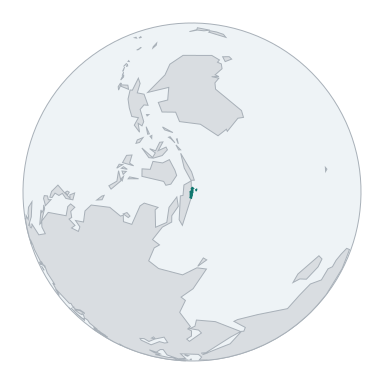 Bengkulu highlighted on a globe, orthographic projection, rotated 234°
{"feature_id": "IDN-1225", "entity_name": "Bengkulu", "entity_type": "Province", "adm_level": 1, "iso_a3": "IDN", "parent_name": "Indonesia", "parent_adm1": "", "projection": "orthographic", "projection_center": [102.58, -3.868], "detail": "medium", "context": "on_globe", "style": "filled", "palette": "teal", "viewbox_px": 384, "rotation_deg": 234, "n_neighbors": 0, "source": "natural_earth", "source_scale": "10m", "svg_char_len": 8161}
<svg xmlns="http://www.w3.org/2000/svg" viewBox="0 0 384 384"><g transform="rotate(234 192 192)"><circle cx="192" cy="192" r="169" fill="#eef3f6" stroke="#a8b0b8"/><path d="M350.5,236.3L350.2,237.5L350.5,236.3ZM261.5,38.0L259.1,37.0L261.7,38.2L251.2,33.8L255.5,35.4L261.5,38.0ZM246.2,32.0L244.2,31.3L244.6,31.4L246.2,32.0ZM48.9,102.2L47.0,105.9L51.8,99.1L52.8,102.8L56.9,101.7L67.8,87.7L61.1,89.0L65.2,82.8L74.8,76.1L81.4,76.1L83.2,73.7L83.4,69.0L89.4,64.7L84.0,67.2L82.9,69.3L79.5,71.2L80.3,69.4L82.4,67.8L81.7,67.1L71.9,75.8L69.7,78.9L65.0,81.5L60.9,87.2L58.1,90.4L64.0,82.0L66.8,78.8L70.4,74.7L81.8,63.9L94.1,54.3L94.5,54.1L96.7,52.6L102.1,49.0L101.9,49.3L107.0,46.1L111.1,44.3L110.3,44.1L116.7,40.7L122.7,38.0L124.6,37.1L119.7,39.3L136.8,32.3L139.5,31.4L135.1,34.2L130.1,36.0L129.3,35.7L124.2,38.6L127.4,37.0L127.2,37.6L133.3,35.2L133.5,35.5L139.0,32.9L139.9,33.1L136.4,34.7L146.1,32.1L149.6,32.3L151.8,31.6L153.0,30.8L156.7,32.1L158.1,31.6L157.4,30.9L159.8,29.6L165.4,28.0L166.4,28.5L164.5,29.1L161.9,31.6L156.7,33.7L157.7,33.8L162.4,32.1L165.5,29.0L168.6,28.0L167.9,29.2L168.4,28.6L170.2,28.3L173.0,28.6L174.1,27.3L193.1,24.9L200.3,25.8L197.5,26.7L211.7,27.4L218.7,29.5L218.1,28.7L224.5,29.3L222.4,28.5L222.6,28.3L238.1,30.7L242.5,32.1L248.5,33.3L248.2,33.1L245.3,32.0L251.2,33.8L261.7,38.2L261.9,38.4L268.4,41.5L267.9,41.9L270.5,44.0L266.2,43.4L268.6,45.6L270.9,46.6L275.8,50.8L278.2,56.8L266.3,47.3L260.7,39.9L262.1,42.2L258.8,40.5L257.5,40.8L258.7,42.8L260.7,43.7L247.4,42.9L244.5,48.8L251.9,50.0L256.8,53.3L260.0,63.7L246.8,76.2L253.2,82.9L253.7,86.8L248.5,88.2L247.6,82.5L242.1,79.7L242.4,76.6L233.7,77.7L233.7,73.4L226.9,76.9L229.7,80.8L237.4,81.0L231.5,86.6L239.6,94.3L240.7,102.8L227.9,116.5L214.5,120.0L213.7,122.8L208.3,119.1L201.2,124.3L211.3,141.8L211.1,146.8L199.5,155.5L199.2,151.7L184.9,141.8L182.2,153.7L193.1,164.4L196.9,176.8L188.5,172.5L184.7,161.7L179.6,157.9L181.0,147.4L176.7,132.1L168.3,134.6L169.0,128.6L161.8,116.5L149.7,120.0L130.5,135.7L127.8,151.4L121.2,158.4L113.1,136.0L113.4,121.4L108.1,122.9L101.9,111.3L84.0,111.6L83.7,108.1L79.9,110.0L75.8,106.9L76.1,101.3L72.7,102.1L72.4,116.8L76.4,116.2L82.7,110.0L81.7,115.5L85.8,120.3L73.4,134.7L50.5,149.4L52.0,137.9L53.8,108.9L55.8,105.6L56.0,105.2L56.2,104.6L52.6,110.1L54.2,104.7L49.2,124.5L46.8,133.6L50.2,150.1L48.9,152.1L51.1,155.5L62.7,149.9L62.0,153.9L54.2,173.1L41.5,200.7L45.3,218.2L48.0,233.7L44.8,245.0L49.9,256.9L49.0,261.7L52.1,268.5L54.1,276.2L55.5,284.0L52.9,285.6L48.9,279.5L41.7,268.3L30.2,240.5L26.8,227.0L24.9,217.0L24.2,211.8L23.2,199.1L23.1,186.4L24.0,173.7L25.9,161.1L28.7,148.7L32.4,136.6L37.0,124.7L42.5,113.2L48.9,102.2ZM66.4,79.0L63.6,82.4L63.8,82.0L59.1,87.7L61.1,85.2L66.4,79.0ZM84.5,83.8L91.0,84.1L94.6,76.1L97.4,75.7L97.6,73.4L94.9,75.6L96.4,69.3L101.5,67.1L104.1,63.9L102.0,63.8L92.4,69.1L90.1,77.7L85.9,81.1L84.5,83.8ZM64.7,90.2L61.6,93.1L61.8,91.9L62.9,91.1L64.7,90.2ZM57.4,91.8L57.5,93.1L56.6,92.9L57.4,91.8ZM130.1,312.2L133.6,314.4L131.2,314.6L130.1,312.2ZM63.4,229.5L65.8,257.2L61.4,257.8L57.3,249.9L54.2,233.3L58.3,228.1L59.4,220.5L63.4,229.5ZM239.0,209.2L244.0,210.5L243.8,211.3L239.0,209.2ZM233.9,205.9L239.6,206.7L232.8,207.6L233.9,205.9ZM241.8,207.1L247.6,206.2L250.1,205.2L249.6,206.8L241.8,207.1ZM230.0,205.6L208.6,203.5L200.2,200.8L202.2,198.0L215.9,199.8L230.0,205.6ZM201.5,197.9L188.5,188.9L170.7,164.6L177.1,165.3L195.7,180.3L194.5,182.7L202.4,189.6L201.5,197.9ZM232.8,185.3L231.5,192.7L219.8,191.0L214.4,189.3L210.8,179.5L212.8,174.8L217.2,175.3L234.1,160.7L240.1,165.2L234.9,171.5L239.7,178.4L232.8,185.3ZM128.5,152.9L132.0,162.4L128.4,164.0L128.5,152.9ZM240.9,150.4L234.1,156.6L240.2,148.1L240.9,150.4ZM244.4,142.3L244.9,145.8L242.1,142.2L244.4,142.3ZM213.6,127.3L209.0,127.7L208.8,125.4L214.7,123.5L213.6,127.3ZM241.5,110.2L241.7,116.7L240.9,118.9L238.6,114.7L241.5,110.2ZM169.3,26.0L160.2,27.5L154.5,29.0L152.5,30.2L151.4,29.5L160.2,27.1L169.3,26.0ZM190.1,24.8L191.7,24.2L193.6,24.5L190.1,24.8ZM189.2,24.4L186.4,23.9L189.0,23.7L190.7,24.1L189.2,24.4ZM170.8,24.5L168.0,24.8L168.6,24.7L170.8,24.5ZM311.5,299.5L311.6,301.6L306.9,306.0L301.0,310.1L297.2,310.3L311.5,299.5ZM276.2,302.2L278.0,295.5L283.4,296.3L279.6,301.6L276.2,302.2ZM315.4,296.4L319.8,291.6L323.3,284.2L320.5,291.3L321.7,292.9L312.4,301.6L315.4,296.4ZM261.3,271.5L228.8,279.9L222.1,277.5L224.7,272.5L220.3,256.2L222.6,256.7L222.2,246.1L241.9,238.6L256.3,223.3L266.2,225.7L274.3,214.8L284.3,217.4L280.7,226.4L290.3,234.7L298.6,214.6L302.6,239.0L308.4,249.2L307.8,265.1L290.8,288.3L282.7,291.8L282.0,288.9L278.4,291.0L274.1,288.8L273.2,279.6L269.6,281.6L273.8,275.7L268.3,280.6L266.8,274.7L261.3,271.5ZM331.4,244.8L332.3,246.0L333.3,251.0L331.8,249.4L331.4,244.8ZM347.8,239.6L347.8,241.9L346.9,241.7L347.8,239.6ZM350.1,237.7L349.1,237.6L350.5,236.3L350.1,237.7ZM338.8,233.5L339.2,235.2L338.7,235.5L338.8,233.5ZM338.5,232.8L339.4,230.7L339.0,233.0L338.5,232.8ZM334.4,217.9L335.2,217.0L335.5,218.0L334.4,217.9ZM251.3,211.5L258.3,206.4L262.0,206.4L251.3,211.5ZM333.6,215.0L331.8,214.1L332.1,213.0L333.6,215.0ZM333.9,212.2L333.8,210.4L334.6,214.9L333.9,212.2ZM330.6,207.1L332.7,210.9L330.3,207.4L330.6,207.1ZM329.2,207.1L327.6,205.2L327.7,204.7L329.2,207.1ZM309.4,203.6L315.6,215.5L310.3,213.8L304.4,206.0L299.3,210.7L288.0,207.4L290.7,204.3L289.3,198.6L277.3,194.3L274.9,190.4L279.2,188.8L271.2,184.7L280.0,184.6L283.6,192.3L288.5,187.7L296.9,190.7L304.8,194.9L310.9,201.9L309.4,203.6ZM279.9,200.4L281.4,200.7L280.0,202.6L279.9,200.4ZM324.5,200.1L326.8,204.5L326.5,205.3L325.3,204.3L324.5,200.1ZM312.4,201.0L319.1,196.8L320.6,197.3L316.1,202.9L312.4,201.0ZM317.6,192.5L320.6,194.2L322.1,198.0L321.4,198.7L317.6,192.5ZM261.7,190.8L261.4,192.8L259.0,190.9L261.7,190.8ZM264.8,190.1L271.8,193.3L264.1,191.7L264.8,190.1ZM243.1,180.4L245.2,185.3L251.9,183.2L246.8,186.8L251.2,195.1L249.6,197.9L245.3,188.9L243.6,197.4L240.6,196.9L239.0,189.3L242.1,180.7L245.1,177.3L257.1,177.3L243.1,180.4ZM264.8,184.4L262.9,178.7L264.3,175.3L266.3,178.4L264.8,184.4ZM257.2,165.2L252.1,158.5L247.5,160.2L256.6,153.1L260.1,160.6L257.2,165.2ZM252.7,151.5L248.4,153.0L252.7,148.8L252.7,151.5ZM247.3,150.9L246.7,146.7L250.1,147.7L247.3,150.9ZM254.9,152.0L255.5,145.1L257.3,149.4L254.9,152.0ZM244.9,137.6L252.4,145.1L242.8,141.1L241.9,128.2L245.9,128.4L244.9,137.6ZM264.0,92.6L262.7,89.4L266.2,89.4L266.1,91.6L264.0,92.6ZM276.4,87.6L266.7,88.4L258.7,89.7L261.5,91.5L260.2,96.5L255.7,91.0L260.9,86.2L267.1,86.3L267.4,82.3L271.6,80.5L269.8,75.5L271.4,73.9L275.0,78.7L276.4,87.6ZM268.7,73.4L267.1,65.5L274.0,68.1L275.9,70.4L273.7,72.8L270.2,71.2L268.7,73.4ZM268.7,64.5L265.3,63.1L255.7,51.6L255.4,49.9L266.3,59.3L263.7,58.5L264.8,61.1L268.7,64.5ZM245.1,31.6L244.3,31.3L246.1,32.0L245.1,31.6ZM221.3,27.9L221.9,27.6L224.0,28.1L221.3,27.9ZM224.6,27.4L221.8,26.9L224.4,27.1L224.6,27.4ZM215.5,26.2L220.5,26.7L216.3,26.6L215.5,26.2Z" fill="#d9dde1" stroke="#a8b0b8" stroke-width="1"/><path d="M195.0,195.1L194.9,195.1L194.7,195.0L194.7,194.9L194.5,195.0L194.4,194.8L194.3,194.7L194.2,194.8L194.2,194.7L193.7,194.2L193.4,194.0L193.0,193.8L192.9,193.6L192.4,193.2L191.2,192.4L191.1,192.2L191.2,191.9L191.1,191.7L191.0,191.4L190.9,191.3L190.5,191.1L189.2,190.2L189.0,189.9L188.6,189.2L188.3,188.7L188.2,188.6L187.9,188.4L187.7,188.2L187.4,187.9L187.8,187.6L188.1,187.5L188.2,187.4L188.3,187.4L188.6,187.2L188.9,187.4L188.9,187.5L189.0,187.9L189.2,188.0L189.3,188.1L189.5,188.4L189.6,188.5L189.8,188.5L190.0,188.7L190.5,188.8L190.7,189.0L190.8,189.2L191.0,189.3L190.9,189.5L191.0,189.6L191.3,189.7L191.6,189.7L191.7,189.8L191.7,190.1L191.9,190.4L192.2,190.5L192.4,190.3L192.5,190.3L192.8,190.5L193.2,190.6L193.3,190.7L193.3,190.9L193.3,191.1L193.2,191.2L192.9,191.1L192.9,191.3L192.7,191.4L192.4,191.8L192.1,191.8L192.3,192.1L192.6,192.3L192.8,192.4L193.0,192.4L193.2,192.5L193.5,192.4L193.6,192.5L193.8,192.8L193.8,193.1L194.0,193.2L194.2,193.3L194.4,193.4L194.6,193.4L194.7,193.5L194.8,193.5L195.0,193.5L195.1,194.0L195.3,194.2L195.4,194.6L195.5,194.7L195.5,194.8L195.3,194.9L195.0,195.1ZM191.5,196.5L191.4,196.6L191.4,196.8L191.3,196.7L191.2,196.7L191.1,196.8L191.0,196.6L190.7,196.4L190.7,196.2L190.8,196.2L191.1,196.3L191.5,196.4L191.5,196.5Z" fill="#14b8a6" stroke="#0f766e" stroke-width="1.5"/></g></svg>